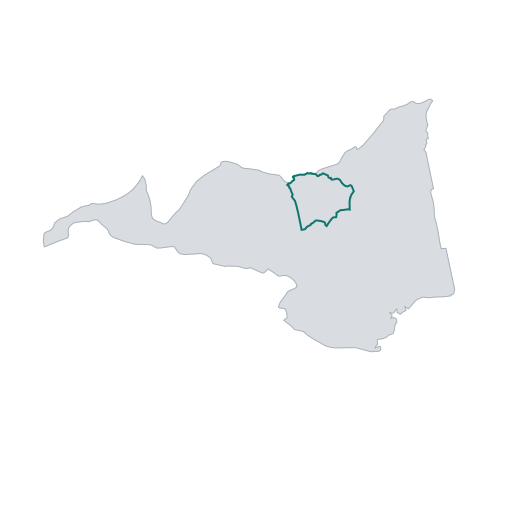 location of Lom-Et-Djerem, Est, Cameroon, rotated 258°
{"feature_id": "32672807B76674513300734", "entity_name": "Lom-Et-Djerem", "entity_type": "district", "adm_level": 2, "iso_a3": "CMR", "parent_name": "Cameroon", "parent_adm1": "Est", "projection": "natural_earth1", "projection_center": [14.12, 5.232], "detail": "medium", "context": "in_parent", "style": "outline", "palette": "teal", "viewbox_px": 512, "rotation_deg": 258, "n_neighbors": 0, "source": "geoboundaries", "source_scale": "gbopen_adm2", "svg_char_len": 5543}
<svg xmlns="http://www.w3.org/2000/svg" viewBox="0 0 512 512"><g transform="rotate(258 256 256)"><path d="M138.0,350.4L138.9,347.6L145.6,334.5L149.8,313.5L151.8,308.6L153.7,305.3L163.5,294.2L167.1,290.6L172.4,286.5L176.1,278.3L177.4,277.5L179.0,276.8L187.4,269.8L188.2,271.2L188.7,272.8L189.3,273.6L192.0,274.1L195.8,274.1L197.9,273.6L199.0,272.2L200.2,268.3L200.9,267.6L201.7,267.4L205.8,270.1L212.5,277.7L214.2,279.1L214.9,280.6L216.4,287.5L217.2,289.2L218.7,289.9L221.3,289.4L224.0,288.2L226.4,286.4L228.7,284.2L230.3,282.1L231.0,280.6L231.4,274.9L231.9,273.7L240.7,265.5L240.5,264.7L239.0,262.4L237.7,259.9L239.0,257.3L240.4,255.3L245.5,248.5L245.8,243.5L249.8,235.8L252.2,225.5L252.2,223.6L257.5,212.3L263.1,211.3L265.2,209.7L267.7,206.9L269.2,204.3L270.0,201.8L270.6,197.0L271.5,191.6L272.2,186.8L273.8,182.4L276.6,180.2L281.4,178.3L282.2,177.5L282.9,174.5L283.6,164.8L284.4,160.5L288.8,155.6L290.8,148.0L292.6,140.0L297.7,130.3L303.6,120.7L306.4,118.1L308.7,117.0L311.4,116.8L313.2,116.1L319.6,111.3L322.3,109.7L324.2,108.1L324.7,106.6L324.9,104.5L324.3,99.5L325.4,95.9L326.0,90.3L326.3,85.9L326.1,84.3L324.9,81.8L323.0,79.0L319.8,77.4L315.4,76.9L313.0,75.9L312.2,70.9L311.9,67.7L308.9,50.9L314.5,51.0L321.2,53.0L322.9,54.5L323.8,60.2L326.2,63.5L330.4,66.2L333.1,71.7L334.1,80.1L336.5,85.1L337.0,85.9L340.3,95.3L340.5,99.7L340.2,102.6L341.6,106.3L339.5,112.5L338.9,116.3L338.8,121.7L340.0,131.1L341.9,138.4L344.1,144.3L346.4,148.9L350.2,154.0L354.3,158.6L358.1,161.5L354.6,163.2L347.8,163.4L343.8,162.4L342.0,162.4L340.1,163.0L332.8,163.9L325.4,163.5L318.6,162.3L314.5,162.5L311.3,165.3L308.7,169.5L306.2,172.9L307.1,176.6L308.9,178.6L312.5,183.1L315.6,187.5L317.2,190.4L323.5,196.8L329.6,202.6L332.5,204.6L333.6,205.0L336.9,208.3L341.5,213.7L345.7,222.1L351.6,239.1L352.9,240.5L355.0,241.4L355.2,243.1L355.0,245.8L354.4,248.0L349.7,256.8L345.6,260.2L344.3,262.3L342.8,267.4L339.0,277.4L337.4,278.8L333.7,285.7L330.6,294.3L329.9,295.6L328.6,296.6L324.3,298.8L322.8,299.8L320.6,302.5L320.3,304.3L321.3,306.7L322.5,308.6L324.8,308.7L326.1,310.5L326.1,323.8L325.0,325.8L325.1,326.7L324.6,329.0L324.4,331.5L324.7,332.6L325.6,333.4L326.8,335.2L327.5,339.2L328.9,353.6L329.6,355.9L330.8,357.5L334.7,360.6L338.7,364.7L339.9,367.3L340.7,371.7L342.2,375.1L342.2,376.2L341.6,376.7L339.1,377.0L339.9,379.4L342.0,383.8L352.2,397.1L362.1,408.9L364.4,409.8L366.1,410.0L366.8,410.8L367.7,412.5L371.0,416.8L371.6,419.3L370.9,421.7L371.6,425.4L372.2,426.7L372.0,427.9L372.4,432.4L373.3,436.4L374.7,439.7L374.5,442.1L372.6,443.4L371.5,445.6L371.2,448.7L371.8,452.4L373.2,456.8L373.3,459.3L370.9,461.1L368.3,458.1L365.4,456.0L361.0,452.5L356.6,451.2L351.0,451.0L348.5,451.4L344.3,448.6L343.0,448.2L341.1,449.4L339.8,449.4L338.2,448.9L335.0,449.0L334.7,446.9L334.1,446.5L330.6,446.7L329.6,445.0L329.1,445.2L327.7,444.7L324.9,442.3L322.0,443.9L315.8,443.7L285.0,443.6L284.3,441.4L282.7,440.2L279.9,440.1L271.8,440.6L265.5,440.2L261.3,439.3L256.0,438.8L249.6,439.2L242.9,439.2L231.1,438.6L224.6,438.7L224.7,440.0L224.3,441.0L224.0,443.4L182.1,443.4L178.7,441.8L177.6,440.7L177.3,438.7L176.5,438.5L177.2,430.1L178.6,423.0L179.2,416.5L181.1,410.7L180.1,404.9L178.9,402.4L172.6,394.2L175.5,391.1L171.6,391.5L170.8,388.5L169.0,384.8L170.1,384.2L171.2,382.2L174.7,382.8L174.6,381.9L171.6,378.8L171.9,377.2L173.1,375.5L172.5,374.8L170.4,376.6L168.8,376.5L167.6,375.4L166.7,375.2L167.3,377.5L166.1,379.6L164.9,380.3L163.0,380.2L161.4,379.7L160.9,378.5L159.4,377.6L155.3,376.1L151.7,374.3L151.0,369.3L149.6,367.1L149.1,364.7L148.7,361.9L149.2,357.6L148.3,357.0L147.3,356.7L145.8,356.9L144.4,356.7L142.7,354.3L141.2,353.4L142.1,357.8L141.1,359.0L138.5,358.6L137.5,357.0L137.3,355.8L138.4,350.5L138.0,350.4Z" fill="#d9dde1" stroke="#a8b0b8" stroke-width="1"/><path d="M272.1,306.0L272.0,309.0L272.5,310.3L273.2,310.7L274.4,313.1L274.9,315.8L276.0,316.5L276.4,318.3L278.2,321.6L278.2,322.7L276.7,326.8L275.7,328.5L274.9,330.0L273.6,330.4L272.1,330.3L270.6,331.2L270.8,331.7L272.3,332.9L275.5,336.4L277.0,338.3L277.7,339.6L277.3,342.5L279.6,343.4L281.5,343.7L283.3,348.4L282.9,350.5L282.5,356.2L281.9,357.3L289.3,358.7L292.2,359.7L292.7,360.2L293.8,360.3L294.8,361.3L296.4,362.2L297.6,363.8L299.1,365.1L302.6,364.5L303.8,364.3L304.9,363.9L305.7,363.0L305.0,359.9L306.3,357.5L309.3,355.3L313.0,353.9L314.3,352.5L314.8,351.3L314.8,346.3L315.0,345.9L315.6,345.4L316.8,345.5L317.2,343.8L317.9,343.2L319.7,343.1L320.2,342.7L322.0,339.8L322.8,339.2L322.7,337.8L322.0,336.6L322.2,335.3L321.4,334.3L321.3,332.9L321.9,332.4L322.6,332.2L323.3,331.6L323.5,331.3L323.6,331.2L323.8,331.0L324.0,330.9L324.1,330.7L324.0,330.4L324.1,330.2L324.1,329.9L324.2,329.6L324.6,328.6L324.9,328.4L324.9,327.7L325.1,327.6L325.2,327.4L325.4,327.4L325.6,327.2L325.7,326.9L325.6,326.2L325.8,325.1L325.7,324.9L325.8,324.7L326.0,324.5L326.1,324.1L326.1,323.8L326.5,323.4L326.1,322.7L325.9,322.3L325.8,321.4L325.5,320.9L325.4,320.5L325.4,320.1L325.6,319.4L325.6,319.2L325.9,318.5L325.9,318.0L326.1,317.2L326.4,316.5L326.5,315.4L326.4,314.3L326.4,312.2L326.2,311.2L326.3,309.7L326.2,309.4L325.9,308.6L325.5,308.5L325.3,308.5L324.8,309.0L324.4,309.3L324.2,309.1L323.3,309.3L322.9,309.3L322.6,309.2L322.2,308.7L322.1,308.0L321.9,307.7L321.7,307.5L321.6,306.8L321.4,306.5L320.9,306.0L320.5,305.6L320.3,304.9L320.0,304.5L320.0,304.3L320.1,303.6L320.3,303.1L320.1,302.6L319.5,302.5L319.1,301.4L318.5,301.5L317.4,302.9L315.9,302.7L314.8,303.6L313.0,303.7L308.3,304.6L306.9,303.4L306.3,303.4L301.8,305.6L296.5,306.0L289.6,306.2L274.7,306.1L272.1,306.0Z" fill="none" stroke="#0f766e" stroke-width="2"/></g></svg>